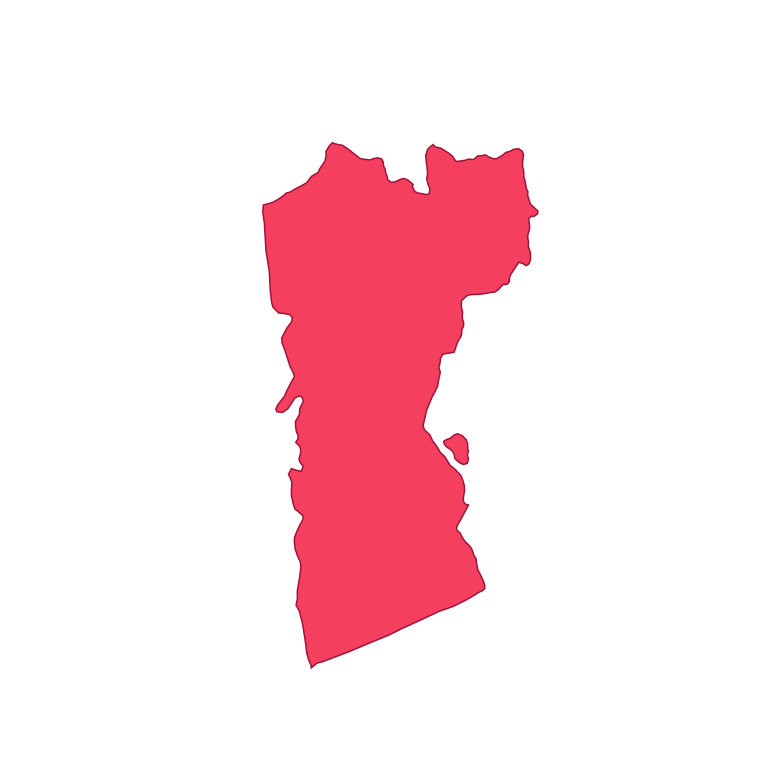 Strömsund, Jämtland, Sweden, rotated 218°
{"feature_id": "70781695B21663414086588", "entity_name": "Strömsund", "entity_type": "district", "adm_level": 2, "iso_a3": "SWE", "parent_name": "Sweden", "parent_adm1": "Jämtland", "projection": "mercator", "projection_center": [15.173, 64.234], "detail": "fine", "context": "isolated", "style": "filled", "palette": "rose", "viewbox_px": 768, "rotation_deg": 218, "n_neighbors": 0, "source": "geoboundaries", "source_scale": "gbopen_adm2", "svg_char_len": 4084}
<svg xmlns="http://www.w3.org/2000/svg" viewBox="0 0 768 768"><g transform="rotate(218 384 384)"><path d="M319.2,159.7L317.2,155.7L310.2,152.5L306.3,149.3L300.8,145.1L288.4,133.6L279.0,124.2L274.5,120.9L271.8,119.2L268.4,117.6L266.6,115.5L266.4,116.3L265.0,122.7L261.0,128.0L246.4,152.2L236.2,170.6L230.5,180.5L225.2,189.9L219.6,201.8L210.6,219.1L200.8,238.4L192.2,251.9L186.2,264.7L183.1,272.4L181.3,277.6L180.2,279.8L179.1,282.0L178.7,284.9L180.6,287.3L183.3,289.3L189.1,292.4L195.5,295.3L199.9,299.0L203.7,302.8L208.1,304.6L212.1,307.4L215.6,308.8L219.6,309.5L222.5,309.7L226.0,310.6L229.1,311.9L232.7,313.6L235.8,313.6L237.6,314.3L239.1,317.4L240.0,323.9L241.8,334.3L243.0,340.7L245.8,339.4L248.9,340.3L251.2,342.8L252.6,345.4L254.8,349.5L258.2,353.4L261.8,356.1L266.8,359.2L276.1,360.6L281.7,360.6L286.5,362.4L291.5,364.2L297.1,364.7L297.4,364.7L303.2,367.1L310.9,369.2L316.3,372.1L324.1,372.8L327.7,375.5L331.5,383.9L334.0,388.9L336.3,396.8L338.1,403.3L339.2,409.7L340.5,415.5L343.3,420.5L346.9,428.0L350.7,430.5L353.0,435.4L355.2,438.9L356.1,443.6L351.2,449.0L348.3,452.2L350.7,459.0L352.0,463.2L352.7,469.2L354.6,472.7L356.1,474.5L356.9,478.5L359.2,481.6L361.1,482.7L364.2,485.7L366.2,488.9L368.4,490.6L371.2,493.2L374.2,497.3L373.9,498.8L373.4,503.4L371.6,506.9L367.7,510.4L365.1,512.4L360.6,516.9L356.4,521.6L353.3,524.7L351.9,528.8L351.6,535.4L348.5,538.2L348.2,541.6L350.5,544.9L351.6,548.6L352.2,555.6L352.7,562.9L349.1,564.3L344.9,564.8L343.8,567.3L344.3,570.1L345.4,572.7L349.4,577.5L352.3,579.5L352.8,579.8L355.0,581.3L357.8,585.0L361.3,588.3L362.9,591.1L364.1,594.4L366.1,597.8L368.6,600.1L371.8,603.5L371.3,606.7L369.0,608.5L367.7,612.7L369.3,615.0L374.2,615.5L379.4,615.9L382.4,618.0L386.7,620.9L389.2,624.3L392.1,625.6L397.5,630.6L401.4,633.3L404.8,637.6L408.2,640.3L410.7,643.1L412.9,646.7L415.4,650.8L418.6,652.5L422.9,652.3L424.4,650.7L426.5,648.5L427.9,645.1L430.5,641.5L431.7,636.3L434.2,630.6L436.6,628.8L442.3,627.2L445.2,627.0L448.0,623.6L450.5,621.6L451.6,616.1L456.1,613.0L457.5,610.5L460.8,607.1L463.6,604.2L465.2,603.9L467.9,604.9L470.6,605.7L475.1,605.8L484.2,604.9L489.6,602.4L492.7,602.9L493.6,599.7L494.1,595.8L491.8,589.7L486.9,584.5L482.8,580.6L479.0,576.3L476.7,572.0L471.9,568.2L468.6,566.6L465.4,561.7L467.4,559.2L471.9,557.1L474.6,555.5L478.3,554.6L483.0,556.9L483.9,559.1L486.4,559.4L490.5,559.4L494.8,558.3L497.0,555.6L500.0,549.7L502.9,547.2L507.0,547.4L509.5,549.7L511.8,550.8L515.4,554.0L518.7,555.6L521.3,558.5L524.4,559.8L528.5,558.2L531.2,554.9L533.2,551.7L535.3,550.6L538.6,548.5L541.6,547.0L548.8,547.0L558.5,547.0L563.8,546.5L567.6,544.4L570.6,543.1L573.2,542.4L573.7,538.4L573.0,531.6L570.6,528.9L567.8,523.4L567.2,515.0L566.2,510.1L569.0,502.9L568.9,494.7L571.5,488.6L574.4,482.3L576.2,477.3L578.4,474.6L580.5,466.0L583.6,458.3L589.3,450.7L589.1,450.5L585.3,444.8L577.4,437.2L558.9,416.2L543.9,402.3L531.1,387.6L522.9,379.2L518.8,376.2L510.7,375.1L506.9,377.6L501.1,380.6L497.3,380.0L495.2,376.5L494.9,368.1L493.0,357.4L489.4,353.4L484.5,350.6L478.8,346.8L472.8,342.7L468.8,340.0L463.0,337.3L459.2,334.8L458.1,327.8L456.5,319.1L454.9,313.1L454.9,302.5L453.8,297.6L451.3,296.2L446.4,299.2L444.5,305.4L445.6,318.2L443.2,322.9L439.9,322.9L436.9,320.7L435.3,312.8L431.7,307.6L430.7,300.0L427.9,296.5L423.6,292.4L420.3,290.8L418.1,288.0L417.6,283.7L411.9,282.9L408.9,280.7L406.7,277.1L404.8,272.5L402.6,270.9L396.9,269.2L395.5,264.1L399.6,262.2L404.8,260.3L403.7,254.0L400.4,252.4L396.1,249.9L392.3,244.2L388.2,239.0L382.7,234.4L377.3,230.6L372.9,230.6L366.1,230.1L364.5,226.8L363.4,220.5L362.1,214.8L360.2,208.5L358.0,205.0L352.5,199.3L345.7,194.9L340.3,192.2L336.7,188.4L331.6,180.0L328.6,174.3L325.0,167.7L320.1,161.5L319.2,159.7ZM290.9,373.5L290.8,373.4L287.3,372.7L285.4,371.7L282.8,369.2L280.9,368.6L275.0,368.6L271.7,369.6L269.6,372.6L270.4,374.9L271.6,377.2L272.9,378.0L275.1,380.3L276.0,382.9L278.6,385.0L281.1,388.2L284.9,390.7L290.8,391.4L295.5,390.0L297.3,387.0L297.8,384.8L298.7,381.2L300.5,378.9L301.6,375.5L299.9,374.0L297.1,373.1L293.7,373.1L290.9,373.5Z" fill="#f43f5e" stroke="#9f1239" stroke-width="1.5"/></g></svg>